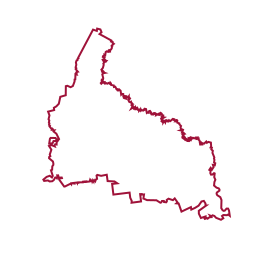 the district of Huimanguillo, Tabasco, Mexico, rotated 173°
{"feature_id": "50627088B79182131187687", "entity_name": "Huimanguillo", "entity_type": "district", "adm_level": 2, "iso_a3": "MEX", "parent_name": "Mexico", "parent_adm1": "Tabasco", "projection": "albers", "projection_center": [-93.695, 17.762], "detail": "fine", "context": "isolated", "style": "outline", "palette": "rose", "viewbox_px": 256, "rotation_deg": 173, "n_neighbors": 0, "source": "geoboundaries", "source_scale": "gbopen_adm2", "svg_char_len": 5804}
<svg xmlns="http://www.w3.org/2000/svg" viewBox="0 0 256 256"><g transform="rotate(173 128 128)"><path d="M150.7,229.9L168.9,203.8L168.7,203.2L169.7,202.6L169.9,201.5L170.8,201.3L171.7,199.5L171.6,197.0L172.6,194.6L172.0,193.7L172.8,192.9L170.9,190.0L172.1,189.9L172.3,188.6L172.7,189.1L173.0,188.8L172.5,187.4L173.6,187.8L174.4,182.7L175.1,182.6L175.4,180.6L177.6,176.4L180.0,175.5L183.1,177.3L184.6,177.1L185.8,168.1L191.4,167.2L193.7,160.5L196.5,158.2L199.1,157.1L199.1,154.8L205.3,154.0L204.4,150.1L205.8,146.4L205.2,145.1L205.9,142.9L205.4,142.2L206.0,140.8L205.2,139.7L205.7,139.2L204.4,137.0L203.6,136.8L203.9,135.6L202.7,135.8L202.4,134.6L201.4,134.6L202.3,133.6L199.8,131.1L197.8,125.4L198.7,124.5L199.1,125.5L199.9,125.2L200.7,125.8L201.1,126.9L206.0,127.6L206.8,126.8L208.1,122.2L204.8,122.0L203.5,124.1L200.2,123.8L199.9,123.2L200.5,122.8L200.9,120.3L202.2,120.7L203.2,119.4L203.0,118.7L206.1,120.4L208.6,119.8L206.7,115.8L208.9,111.2L208.5,109.5L209.8,108.8L210.0,107.6L206.6,103.9L206.4,102.0L206.6,100.5L207.8,99.2L208.4,95.8L209.6,95.4L208.5,89.6L209.5,88.2L211.5,90.1L214.7,89.4L218.3,87.1L217.7,85.7L213.9,85.7L212.3,84.5L209.6,84.4L207.9,85.5L206.3,87.7L205.3,87.7L204.7,86.8L203.8,88.6L204.0,89.6L203.1,89.5L202.8,87.2L199.8,86.9L199.7,86.3L202.6,86.3L202.6,85.2L198.5,77.7L197.8,77.6L191.6,79.8L191.2,79.2L191.0,80.1L188.5,79.5L188.8,80.1L185.4,80.1L185.2,79.7L185.1,80.2L185.0,79.6L184.8,80.2L184.8,79.6L184.0,79.6L184.0,80.1L179.4,79.6L179.3,80.2L177.9,80.2L177.9,79.7L176.9,79.6L176.9,80.1L175.5,80.1L175.2,79.6L172.5,79.6L172.3,80.1L172.2,79.5L172.1,80.2L171.0,79.7L170.9,80.1L170.7,79.7L169.7,80.2L169.7,79.6L169.3,80.2L168.9,79.4L168.8,80.2L168.1,79.3L167.3,80.2L166.9,79.3L166.2,80.7L164.9,81.3L165.0,84.6L164.2,85.2L160.5,83.8L154.8,84.2L154.7,77.8L147.9,76.6L145.4,74.4L150.6,74.4L150.6,63.7L134.3,63.7L134.3,58.5L133.2,55.2L133.6,53.4L124.0,53.5L124.0,60.9L122.7,60.8L122.9,60.2L120.2,60.1L121.3,56.1L117.9,54.1L108.6,52.8L105.0,49.9L104.0,50.1L103.2,51.4L101.8,51.3L101.1,51.0L101.2,50.1L99.1,49.6L98.4,50.4L98.3,51.9L96.4,52.9L92.2,50.9L90.2,52.4L87.9,48.1L89.1,47.3L86.9,46.8L85.1,38.5L75.2,41.8L75.1,39.3L71.3,40.5L67.4,42.3L64.0,46.1L61.6,46.4L60.3,43.6L60.5,41.7L59.7,41.6L67.8,37.2L68.1,34.3L66.6,29.8L63.1,30.5L63.6,30.0L62.8,28.4L61.8,28.6L61.2,29.6L60.0,28.3L58.0,29.5L56.3,29.4L57.2,31.1L55.7,30.3L54.7,31.0L53.0,30.2L51.5,28.1L46.9,25.6L44.4,26.8L45.4,29.2L44.0,30.0L40.4,29.4L39.1,29.9L37.7,28.5L37.8,33.8L38.5,35.8L40.0,36.0L42.0,34.2L43.1,34.1L44.1,34.8L45.2,37.1L44.0,45.1L44.8,48.1L47.6,50.4L48.1,51.9L47.7,53.1L44.9,54.7L44.7,55.8L45.3,57.0L47.4,58.0L49.6,60.4L48.8,63.9L47.6,66.0L48.4,68.7L47.5,72.3L48.1,72.7L49.9,71.5L51.3,71.6L51.8,73.2L51.2,75.5L52.4,76.5L50.8,78.4L49.7,76.5L47.8,78.8L48.2,81.0L46.4,80.4L45.7,82.4L46.8,83.2L46.1,85.9L46.4,87.2L45.9,88.2L47.2,93.0L46.6,95.1L47.9,96.6L47.2,98.2L48.4,98.6L47.7,99.8L47.5,103.4L49.9,104.4L51.5,103.7L52.0,105.0L54.4,103.2L56.3,104.0L56.3,102.6L58.4,102.8L58.4,103.3L57.4,103.4L57.5,105.1L58.5,105.2L58.5,106.8L59.4,107.8L59.2,108.9L60.6,108.8L60.0,110.1L61.9,110.3L62.1,109.2L64.3,110.2L65.0,109.7L66.6,111.0L66.9,110.4L66.1,110.4L66.8,108.9L68.2,111.5L68.2,109.2L69.3,110.3L69.7,108.9L68.6,108.6L69.0,107.6L70.8,107.9L71.4,109.7L72.6,109.1L73.1,109.9L72.6,110.9L73.7,111.6L74.3,110.9L75.2,111.8L74.8,113.6L74.6,112.5L73.2,112.5L74.6,114.9L72.5,115.3L73.5,116.5L75.0,116.9L73.6,119.5L74.1,119.8L74.8,118.8L76.3,119.3L75.3,119.5L75.8,122.4L75.1,123.5L76.6,125.5L76.5,126.3L78.4,127.3L78.4,128.5L79.6,128.7L78.3,129.5L78.6,130.0L81.0,130.0L81.9,130.6L81.4,131.2L82.4,131.6L85.1,129.7L86.3,130.7L87.0,129.5L89.0,129.9L89.3,130.5L88.6,130.9L89.2,131.2L90.2,130.5L90.5,129.1L91.3,130.5L92.3,129.3L92.2,130.0L92.9,129.6L93.8,130.6L92.8,131.4L93.7,132.2L93.9,133.2L92.8,133.1L93.0,134.3L92.0,133.6L90.8,134.1L92.4,134.6L91.5,136.2L92.2,136.6L92.5,136.1L92.8,138.1L93.8,139.1L94.9,138.4L94.0,138.1L94.9,137.1L96.2,137.4L96.1,138.3L98.4,137.5L98.0,138.4L98.8,139.0L99.0,138.3L99.6,139.6L100.5,139.6L100.3,138.8L100.9,139.1L101.4,138.4L102.4,139.1L103.2,137.8L102.8,139.2L103.9,140.0L103.3,140.8L104.1,142.3L104.8,142.3L106.2,140.6L106.7,140.8L106.2,141.6L107.5,140.8L107.8,144.6L109.2,145.1L109.8,144.5L109.4,144.0L110.9,143.4L112.3,144.3L113.0,143.7L113.2,144.8L113.7,143.9L114.2,144.4L114.9,143.8L114.8,145.0L115.9,144.9L116.6,148.0L116.5,146.6L117.7,145.6L119.4,145.8L118.4,146.1L118.4,147.5L119.1,146.7L119.4,147.5L120.0,146.9L120.3,147.8L122.3,146.9L120.5,149.4L120.8,150.8L121.5,149.8L121.8,150.2L121.4,151.1L120.6,151.3L121.4,152.0L121.8,153.7L122.5,153.2L123.6,153.8L124.2,155.6L122.4,157.0L123.0,158.1L123.9,156.8L123.5,159.1L124.3,158.2L125.6,159.0L125.6,159.7L127.5,160.2L128.0,160.0L128.1,159.5L127.7,159.8L126.5,157.4L127.8,158.0L128.8,159.6L128.6,162.3L129.8,162.6L130.7,161.9L130.8,165.9L132.1,167.4L132.5,167.1L132.1,166.5L133.4,166.4L133.9,166.7L133.8,167.9L135.5,168.2L134.8,168.4L135.6,170.5L136.9,170.4L136.9,171.9L139.5,172.8L139.5,174.3L140.1,175.2L140.7,174.1L141.9,175.1L143.2,174.5L144.1,175.2L145.5,174.8L146.1,175.4L145.6,176.4L147.0,176.7L149.1,175.2L149.5,175.9L147.7,177.5L148.4,178.2L148.1,179.2L147.0,179.0L146.5,180.5L147.0,184.4L145.7,185.4L144.3,185.5L146.7,186.7L146.9,187.5L145.9,187.6L147.2,189.2L145.6,190.7L144.4,193.7L144.6,195.0L143.7,195.8L143.9,197.0L142.0,196.5L141.4,197.1L142.7,197.2L142.2,198.2L142.8,198.7L143.2,197.8L144.4,197.9L144.8,198.9L143.4,199.3L142.6,200.9L144.3,201.6L144.1,202.3L142.5,203.0L142.5,203.6L141.7,203.1L140.9,206.1L139.9,206.7L138.7,206.1L138.1,206.9L137.8,206.0L136.5,206.0L136.4,207.7L135.2,208.0L134.2,209.5L134.2,211.5L133.5,211.5L133.3,212.5L131.8,213.3L133.0,214.6L132.8,215.2L134.3,215.9L133.8,216.8L144.8,224.7L142.6,226.3L143.4,229.2L146.5,230.4L147.1,228.2L150.7,229.9Z" fill="none" stroke="#9f1239" stroke-width="2"/></g></svg>